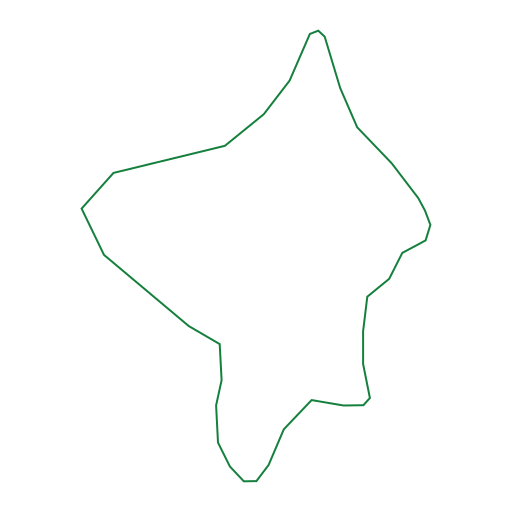 Bishkek, orthographic projection
{"feature_id": "KGZ-1115", "entity_name": "Bishkek", "entity_type": "Region", "adm_level": 1, "iso_a3": "KGZ", "parent_name": "Kyrgyzstan", "parent_adm1": "", "projection": "orthographic", "projection_center": [74.608, 42.858], "detail": "fine", "context": "isolated", "style": "outline", "palette": "green", "viewbox_px": 512, "rotation_deg": 0, "n_neighbors": 0, "source": "natural_earth", "source_scale": "10m", "svg_char_len": 552}
<svg xmlns="http://www.w3.org/2000/svg" viewBox="0 0 512 512"><path d="M318.3,30.7L324.7,36.7L340.2,88.1L357.2,127.3L391.7,163.3L418.2,198.0L425.0,210.6L430.4,224.9L425.6,240.4L402.3,252.9L389.2,278.8L367.3,296.7L363.1,331.2L363.1,364.0L369.9,398.0L363.4,405.2L343.5,405.5L311.6,400.1L283.8,429.3L268.6,465.0L256.4,481.1L243.8,481.3L229.9,466.5L218.0,442.6L216.1,405.4L221.6,380.2L219.7,344.1L188.8,326.1L104.0,254.9L81.6,208.6L113.5,172.9L224.9,145.8L263.8,114.2L289.6,80.6L309.9,33.9L318.3,30.7Z" fill="none" stroke="#15803d" stroke-width="2"/></svg>